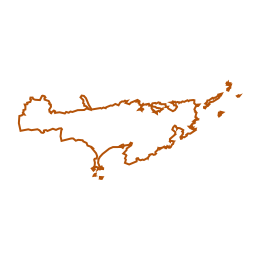 outline of Corca Dhuibhne Lea-3, Kerry, Ireland, rotated 184°
{"feature_id": "5873133B90266849375515", "entity_name": "Corca Dhuibhne Lea-3", "entity_type": "district", "adm_level": 2, "iso_a3": "IRL", "parent_name": "Ireland", "parent_adm1": "Kerry", "projection": "albers", "projection_center": [-10.264, 52.188], "detail": "fine", "context": "isolated", "style": "outline", "palette": "amber", "viewbox_px": 256, "rotation_deg": 184, "n_neighbors": 0, "source": "geoboundaries", "source_scale": "gbopen_adm2", "svg_char_len": 5881}
<svg xmlns="http://www.w3.org/2000/svg" viewBox="0 0 256 256"><g transform="rotate(184 128 128)"><path d="M235.0,117.7L227.4,119.7L224.2,119.1L218.2,120.4L216.1,119.5L214.1,117.4L212.4,117.2L211.4,118.0L211.7,119.6L211.4,119.8L209.6,120.2L208.2,119.4L202.9,122.0L199.7,121.1L196.7,122.7L194.6,123.0L193.8,122.1L194.4,120.9L194.7,114.9L193.4,110.5L183.9,113.6L181.9,113.7L179.2,111.7L176.9,112.7L172.4,112.6L171.7,111.5L168.3,110.2L167.2,107.7L163.2,106.6L161.3,105.2L161.8,104.8L163.8,106.6L158.1,100.6L156.8,97.8L157.2,95.4L159.1,94.9L159.5,94.0L158.6,91.2L158.6,88.0L159.9,86.0L161.3,85.1L159.5,83.1L158.3,84.3L159.1,85.1L158.9,85.9L156.8,87.0L154.9,86.3L155.4,84.4L154.2,85.4L153.1,84.7L152.3,85.3L150.0,85.3L150.0,86.2L151.0,86.5L151.6,87.7L152.8,87.0L153.6,87.5L155.4,91.1L155.2,94.6L154.1,97.1L151.5,100.4L145.2,106.1L141.7,107.9L133.2,108.6L131.8,107.8L131.3,108.8L132.7,108.6L134.4,109.7L132.0,111.2L132.1,111.8L131.3,110.5L130.1,110.3L125.6,111.3L124.3,113.5L123.0,113.1L123.6,110.9L127.9,107.4L127.9,105.9L130.9,102.2L127.7,100.9L127.4,101.3L128.9,97.4L127.9,96.2L128.6,93.0L124.3,91.7L117.1,95.3L117.0,96.5L117.5,97.7L117.1,98.3L115.9,98.6L114.9,97.2L113.3,96.7L111.2,97.5L109.9,97.2L106.3,99.5L106.0,99.1L105.6,100.6L104.5,102.1L104.8,102.7L104.0,103.1L101.9,103.7L100.5,103.0L99.0,103.5L98.4,104.3L98.7,104.4L99.0,105.9L96.8,108.3L96.4,110.2L95.2,109.6L95.3,111.0L94.7,109.8L94.3,110.0L94.4,109.4L90.7,111.9L90.4,111.3L89.4,111.6L89.2,110.5L88.4,110.5L87.6,112.6L86.5,111.7L85.9,112.4L85.5,111.2L84.7,111.3L83.5,112.6L83.9,112.4L82.7,114.8L81.9,115.2L81.5,116.9L82.0,117.5L81.5,117.9L84.3,118.2L85.3,117.5L86.0,118.2L85.2,117.6L85.4,120.0L80.4,124.9L80.8,125.1L80.4,126.0L80.6,127.3L83.7,129.5L83.0,131.7L81.6,133.6L82.1,134.1L80.2,133.0L80.0,132.0L78.9,131.4L78.9,130.7L78.3,131.5L76.2,131.4L72.7,129.8L72.8,128.9L73.7,128.2L72.7,127.2L73.0,126.4L72.8,125.8L75.1,122.6L74.4,120.9L73.7,121.1L72.8,122.8L71.1,122.7L68.9,124.4L68.5,125.4L69.0,125.6L67.8,126.7L65.5,126.7L60.2,130.8L60.6,131.3L60.4,131.9L62.9,131.2L64.1,131.6L63.6,132.4L64.3,132.1L63.7,132.6L64.2,132.7L62.9,133.8L66.0,132.4L67.3,133.6L65.3,133.8L64.6,135.0L65.1,135.2L64.2,136.5L62.4,137.3L63.0,137.7L61.8,138.6L62.2,138.9L61.8,139.6L62.9,139.6L61.3,141.2L60.9,140.7L58.9,141.3L59.2,141.7L58.9,141.9L60.3,142.5L60.3,143.2L61.6,143.7L60.7,148.0L61.8,148.3L61.6,149.1L62.5,149.7L62.1,150.9L62.6,150.4L63.1,151.3L61.7,154.5L59.5,154.9L58.5,156.4L62.0,155.9L63.7,157.3L63.7,160.3L64.8,160.5L68.6,159.8L69.4,159.0L70.7,159.8L73.7,158.0L75.6,158.3L76.8,157.1L78.0,157.3L78.7,156.6L78.9,157.2L80.7,157.4L82.0,156.4L83.0,157.5L83.9,157.1L85.1,157.7L85.9,156.7L87.2,156.4L84.6,155.5L83.6,153.8L81.8,154.2L81.0,152.1L80.8,153.6L80.5,152.5L82.4,149.2L84.4,147.9L89.0,150.1L90.0,151.2L89.6,152.0L91.8,151.6L91.4,152.3L92.1,153.0L92.3,154.4L96.6,154.0L97.6,155.2L98.1,154.8L98.2,155.4L99.4,155.7L101.7,154.3L102.5,154.9L105.3,154.3L106.1,152.6L104.8,151.1L102.1,151.0L101.0,150.1L97.5,149.9L96.4,149.0L95.5,149.5L95.0,149.4L94.9,149.5L94.9,149.4L94.7,149.5L94.6,149.4L96.8,147.7L97.5,146.5L98.7,147.3L100.4,146.4L100.1,144.3L102.2,145.5L102.1,146.2L102.6,146.6L102.4,145.7L103.0,145.7L103.0,146.3L103.1,145.7L103.7,145.8L103.3,146.2L103.6,146.3L103.3,147.1L104.7,147.7L105.9,149.4L105.8,150.9L106.6,151.9L108.4,151.8L108.2,152.9L108.9,153.6L111.3,152.5L111.9,152.6L111.6,152.9L113.9,152.3L114.6,153.1L115.0,152.6L114.6,151.9L116.2,150.3L116.2,149.4L116.1,148.3L114.7,148.3L114.1,147.8L114.3,147.4L115.4,147.1L115.5,146.2L116.7,147.2L118.2,147.1L118.5,146.3L118.4,147.0L118.8,146.9L118.4,147.5L116.9,148.1L116.0,151.5L118.2,152.1L118.4,153.7L118.9,153.7L118.5,155.0L120.6,154.9L119.4,156.1L120.5,156.7L126.9,153.5L128.3,151.8L132.1,152.8L130.6,154.9L131.8,154.5L132.9,155.1L134.1,154.1L135.8,154.1L137.6,152.8L139.0,150.0L142.3,151.1L145.1,149.2L147.0,149.2L151.3,147.1L151.6,146.2L153.9,146.7L155.8,145.6L156.8,146.0L165.6,143.9L168.6,148.1L172.0,154.8L174.2,156.9L176.5,157.1L177.5,155.3L174.6,152.8L174.3,151.7L174.5,149.7L173.2,148.7L173.3,147.2L171.1,146.7L168.2,144.0L170.7,144.6L173.0,142.9L179.4,142.3L184.6,140.1L186.6,140.4L188.2,139.1L190.8,139.7L192.0,138.1L197.4,138.9L201.5,138.1L201.3,137.3L202.1,138.2L201.9,139.6L203.1,140.2L205.2,138.4L206.0,136.5L205.6,137.9L206.4,137.1L206.1,137.8L206.6,138.8L207.4,138.8L207.9,140.8L206.3,143.8L206.6,145.9L207.6,145.9L208.4,146.8L207.8,147.5L209.0,149.4L213.2,150.5L213.5,151.9L212.5,152.7L213.4,153.9L215.3,154.3L216.0,154.0L217.8,149.7L222.6,149.7L224.5,150.3L225.3,151.7L227.4,151.5L227.6,150.0L226.7,149.3L227.3,147.2L230.3,146.2L229.9,145.1L230.5,144.5L232.7,144.2L231.8,142.2L231.7,139.3L233.6,138.5L233.3,137.0L233.9,136.2L232.3,134.2L234.0,134.3L234.8,133.2L237.2,132.4L237.2,125.2L235.0,117.7ZM45.1,160.2L39.5,164.2L39.3,165.2L38.7,165.5L38.4,166.7L37.6,166.8L36.7,168.9L40.3,167.6L40.1,166.8L43.0,164.3L44.2,164.2L45.0,163.2L45.9,163.9L49.1,161.2L50.7,161.0L51.1,159.4L52.6,157.7L51.3,157.2L50.5,155.4L49.9,155.5L49.5,156.0L49.8,155.9L49.4,156.2L49.3,156.7L49.7,156.3L49.3,158.1L48.8,158.0L47.8,159.5L45.1,160.2ZM36.3,148.5L34.2,150.2L37.0,150.7L37.4,149.5L38.4,149.6L38.6,146.8L38.0,145.9L37.2,146.6L37.7,146.9L36.2,147.7L36.3,148.5ZM29.8,177.8L29.4,176.9L28.7,177.0L28.3,178.4L29.1,178.2L29.0,178.7L29.4,178.7L29.0,179.1L29.4,178.9L29.1,179.8L31.2,179.8L31.4,180.6L31.8,179.9L32.6,180.1L32.9,179.2L31.8,178.4L32.1,177.9L29.8,177.8ZM29.8,174.3L28.7,175.2L28.8,176.1L31.7,174.1L31.7,172.6L30.6,172.3L30.5,173.5L30.0,173.4L29.8,174.3ZM20.7,166.8L19.4,167.1L18.8,168.0L19.4,167.7L19.9,168.4L21.5,167.5L20.7,166.8ZM157.0,80.1L158.0,79.7L158.2,78.7L157.3,78.3L157.0,80.1ZM52.4,153.0L51.9,154.0L52.5,154.6L53.1,153.7L53.6,153.9L53.6,153.4L52.4,153.0ZM151.1,77.2L152.6,77.2L152.6,76.1L151.1,77.2ZM150.2,76.3L151.2,75.8L151.3,75.4L150.6,75.4L150.2,76.3ZM158.2,78.0L158.9,78.2L159.0,77.8L158.2,78.0Z" fill="none" stroke="#b45309" stroke-width="2"/></g></svg>